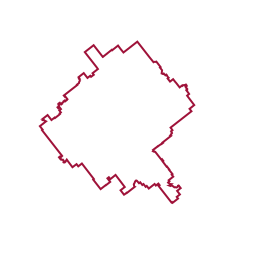 the district of Donnybrook-Balingup, Western Australia, Australia, rotated 322°
{"feature_id": "25037944B94844051789605", "entity_name": "Donnybrook-Balingup", "entity_type": "district", "adm_level": 2, "iso_a3": "AUS", "parent_name": "Australia", "parent_adm1": "Western Australia", "projection": "robinson", "projection_center": [115.939, -33.702], "detail": "fine", "context": "isolated", "style": "outline", "palette": "rose", "viewbox_px": 256, "rotation_deg": 322, "n_neighbors": 0, "source": "geoboundaries", "source_scale": "gbopen_adm2", "svg_char_len": 4667}
<svg xmlns="http://www.w3.org/2000/svg" viewBox="0 0 256 256"><g transform="rotate(322 128 128)"><path d="M188.5,65.7L170.9,65.7L170.8,60.9L170.9,56.9L164.1,57.0L163.4,57.0L163.4,56.4L161.7,56.4L152.2,56.5L152.2,56.3L151.9,56.3L151.9,41.6L140.7,41.6L140.7,58.1L140.7,60.9L140.6,63.0L134.6,63.0L133.8,63.0L133.8,64.7L133.8,65.0L130.4,64.9L130.4,63.6L126.9,63.6L126.9,57.5L120.3,57.5L120.3,59.0L119.7,59.0L119.7,61.4L119.7,61.5L119.7,61.4L119.4,61.3L119.2,61.2L118.9,61.3L118.7,61.3L118.4,61.3L118.2,61.4L117.0,62.4L115.7,62.4L114.5,62.4L114.5,62.9L99.9,62.9L97.4,62.9L97.5,64.7L98.0,64.7L98.0,66.2L98.0,68.0L96.8,68.0L96.8,68.3L94.9,68.3L94.9,67.3L93.9,67.3L93.9,67.7L91.0,67.7L91.0,68.3L89.8,68.3L89.8,66.1L88.3,66.0L88.3,67.0L87.6,67.0L87.7,67.3L87.3,68.2L87.2,68.3L85.2,68.3L85.2,69.6L86.8,69.6L86.8,71.8L84.7,71.8L84.7,74.4L83.1,74.4L83.0,75.1L82.9,75.1L81.7,75.2L80.5,75.2L76.6,75.2L76.6,74.6L76.2,74.6L75.7,74.6L74.2,74.6L72.6,74.6L72.6,73.6L72.6,69.9L72.6,68.3L68.2,68.3L66.4,68.3L66.5,68.4L66.5,68.5L66.7,69.0L66.7,69.5L66.7,69.8L66.2,69.8L66.3,69.9L66.4,70.0L66.5,70.2L66.6,70.3L66.7,70.5L67.5,72.3L67.3,72.3L67.2,72.3L65.0,72.3L59.7,72.3L59.7,76.7L58.9,76.7L58.9,102.1L58.9,109.4L57.8,109.4L57.8,109.6L56.7,109.6L56.7,108.6L55.6,108.6L55.6,111.2L56.1,111.2L56.2,111.9L56.3,112.4L56.6,112.7L57.2,112.9L57.2,113.0L57.2,113.7L57.1,114.9L57.1,115.2L56.1,115.2L56.1,115.3L56.1,115.5L56.3,115.7L56.4,115.8L56.5,115.9L56.6,116.0L56.8,116.1L57.1,116.2L57.4,116.1L57.6,116.1L57.9,116.1L58.0,116.1L58.3,116.0L58.5,115.9L58.8,115.7L59.0,115.6L59.3,115.5L59.6,115.4L59.8,115.4L60.0,115.3L60.3,115.2L60.2,117.6L60.1,124.7L65.2,124.8L65.2,127.6L65.5,127.6L69.8,127.6L69.7,143.4L69.7,147.2L68.8,147.2L68.8,159.3L75.4,159.3L75.4,159.5L80.8,159.5L80.8,155.0L82.6,155.0L82.6,157.4L84.2,157.4L85.0,157.4L89.3,157.3L89.2,166.2L89.2,166.3L89.1,172.5L83.8,172.5L83.8,178.1L84.7,178.2L87.1,178.2L87.1,178.4L87.1,178.5L89.3,178.5L91.0,178.5L96.4,178.5L96.9,178.5L97.1,178.5L97.0,178.3L96.9,178.2L97.0,178.0L97.0,177.9L97.1,177.7L97.2,177.4L97.3,177.2L97.4,176.9L97.6,176.6L97.8,176.3L97.9,176.1L98.0,176.0L98.0,175.9L98.4,175.7L98.7,175.6L99.0,175.5L99.2,175.4L99.6,175.2L99.8,175.1L100.0,174.9L100.3,174.7L100.9,174.5L101.1,174.5L101.2,174.4L101.6,174.3L101.9,174.3L102.1,174.4L102.2,174.5L102.3,174.6L102.4,174.8L102.5,175.0L102.7,178.3L104.2,178.3L104.2,181.7L105.7,181.7L105.7,184.5L105.7,185.2L107.1,185.2L107.1,187.9L107.1,188.5L114.5,188.5L114.5,190.5L117.7,190.5L117.7,192.5L116.4,192.5L116.4,196.6L116.4,213.5L117.1,213.5L117.1,214.4L121.4,214.4L124.0,214.4L124.0,212.3L128.0,212.3L128.0,207.8L132.5,207.8L132.5,205.1L132.6,204.8L132.5,204.6L132.4,204.4L132.2,204.4L131.8,204.3L131.7,204.4L131.6,204.5L131.4,204.6L131.1,204.7L131.0,204.8L130.9,204.8L130.6,204.9L130.4,204.9L130.2,204.9L129.9,204.8L129.6,204.7L129.4,204.6L129.3,204.4L129.2,204.2L129.0,203.9L128.6,203.7L128.4,203.6L128.2,203.5L128.1,203.4L128.0,203.2L127.9,203.0L127.9,202.9L127.9,202.7L127.9,202.4L127.7,202.0L127.6,201.7L127.5,201.3L127.4,200.9L127.3,200.7L127.2,200.6L126.8,200.3L126.5,200.0L126.4,199.9L126.2,199.8L125.9,199.8L125.8,199.7L125.7,199.7L125.6,199.4L125.4,199.2L125.2,199.0L125.1,198.8L125.3,198.9L127.6,198.9L127.3,198.6L126.5,197.7L126.3,196.6L126.0,196.0L126.0,195.6L127.9,195.5L127.9,194.2L133.7,194.2L133.7,191.7L134.7,191.7L134.6,186.1L135.0,186.1L135.0,182.3L134.6,182.3L134.7,175.6L135.6,175.6L135.6,173.5L134.8,173.5L134.8,172.0L134.8,171.1L134.8,163.7L134.7,163.6L134.6,163.3L134.4,163.2L134.2,162.9L133.9,162.7L133.5,161.9L134.2,161.9L134.2,160.7L137.1,160.7L137.1,160.8L140.1,160.7L140.1,160.9L141.6,160.9L144.8,161.1L144.8,161.3L146.4,161.3L146.3,160.7L147.6,160.7L149.9,160.7L152.9,160.7L157.0,160.7L156.6,159.9L159.6,159.1L159.7,158.8L159.7,158.6L159.8,158.4L159.8,158.2L159.7,158.2L159.8,158.1L159.9,157.8L159.9,157.7L160.0,157.4L160.0,157.1L161.4,157.1L161.7,157.1L161.8,153.9L183.5,153.9L188.3,153.9L188.3,150.8L194.3,150.7L194.4,143.4L194.5,138.9L197.1,138.8L197.2,136.7L197.2,134.3L198.1,134.3L198.1,133.4L198.7,133.4L198.7,131.0L200.2,131.0L200.2,129.8L200.4,129.8L200.4,129.4L199.1,129.2L198.7,128.7L197.8,128.3L196.9,128.3L196.9,127.8L193.7,127.8L193.7,125.4L193.7,122.2L193.6,120.6L193.6,117.3L189.7,117.3L189.7,116.2L189.7,115.3L189.7,114.2L189.7,113.7L189.7,113.4L190.0,113.4L190.7,113.4L190.9,113.4L190.8,112.9L190.9,111.6L190.9,110.5L191.1,110.4L191.1,109.6L190.6,109.6L189.9,109.5L189.9,109.0L190.1,108.9L189.7,108.2L189.7,107.1L188.9,107.1L188.6,106.7L188.3,106.0L188.1,105.7L190.4,103.5L190.4,100.0L191.2,100.0L191.2,94.8L191.2,93.1L190.3,92.8L189.5,92.1L189.0,91.8L188.6,91.8L188.5,85.4L188.5,65.7Z" fill="none" stroke="#9f1239" stroke-width="2"/></g></svg>